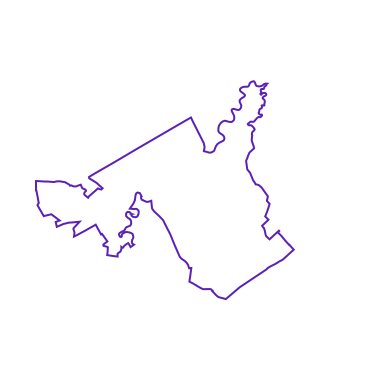 outline of Chichis, Covasna, Romania, rotated 139°
{"feature_id": "2599482B66417374459727", "entity_name": "Chichis", "entity_type": "district", "adm_level": 2, "iso_a3": "ROU", "parent_name": "Romania", "parent_adm1": "Covasna", "projection": "orthographic", "projection_center": [25.8, 45.769], "detail": "fine", "context": "isolated", "style": "outline", "palette": "violet", "viewbox_px": 384, "rotation_deg": 139, "n_neighbors": 0, "source": "geoboundaries", "source_scale": "gbopen_adm2", "svg_char_len": 5994}
<svg xmlns="http://www.w3.org/2000/svg" viewBox="0 0 384 384"><g transform="rotate(139 192 192)"><path d="M317.3,283.4L319.7,271.1L312.8,267.5L310.6,257.3L314.5,258.8L316.9,254.4L310.3,252.3L309.0,251.7L307.0,250.6L305.4,249.9L301.7,247.1L296.3,243.3L304.2,242.5L305.3,242.3L305.8,241.8L306.8,239.5L307.2,238.7L308.0,237.8L310.3,235.8L307.3,235.0L298.4,233.0L286.1,230.5L288.5,219.6L287.4,219.4L288.3,210.2L293.4,210.5L294.1,209.4L291.8,206.0L291.7,205.6L294.8,202.4L297.4,200.0L292.7,194.5L290.5,192.1L288.7,194.2L287.7,194.3L285.6,194.0L284.1,194.4L282.8,195.2L281.4,196.8L281.3,195.7L280.8,195.3L278.2,195.8L275.3,195.6L273.7,195.3L273.7,194.4L274.5,190.7L270.3,190.3L270.7,191.4L270.9,192.3L270.6,193.0L270.2,193.7L268.6,195.1L267.1,195.6L266.2,196.2L265.4,197.0L264.6,198.9L264.4,199.5L264.9,200.9L265.8,202.6L267.1,204.2L268.4,205.3L270.3,205.8L271.6,206.0L272.6,205.9L273.6,205.3L274.2,204.5L274.8,204.5L275.5,205.0L275.7,205.7L275.5,206.6L275.2,207.4L274.8,208.0L274.2,208.4L273.5,208.5L272.1,208.3L268.7,207.5L267.8,207.5L266.8,207.8L265.5,208.4L264.8,208.5L264.0,208.3L261.1,207.2L260.1,207.3L259.1,207.7L258.3,208.4L257.3,209.8L257.0,210.3L256.8,211.0L256.7,212.4L257.4,214.6L257.5,216.7L257.4,217.2L255.8,219.0L255.1,219.2L253.8,219.3L252.4,217.9L252.2,217.1L252.2,216.1L252.6,215.9L251.9,214.8L252.3,215.0L252.5,214.9L253.1,213.8L253.1,213.5L252.9,212.2L251.9,210.8L251.0,209.9L250.0,209.5L248.7,209.6L246.9,210.4L245.2,212.0L244.5,213.3L244.7,214.9L245.2,215.9L247.4,217.6L247.9,218.2L249.8,220.2L243.5,221.8L240.5,223.3L236.7,226.6L235.2,227.5L234.0,227.5L233.4,227.3L232.1,225.4L232.9,221.7L233.7,221.7L234.7,220.3L234.9,219.4L234.8,218.5L234.4,218.1L233.8,216.5L232.8,214.5L231.4,213.3L229.8,212.6L228.5,212.1L232.4,206.6L232.9,205.8L233.1,205.0L233.3,202.4L232.6,195.7L232.3,190.3L232.3,189.7L232.5,188.7L233.0,187.1L236.2,174.2L239.7,164.0L243.7,151.3L243.8,148.8L242.6,144.4L242.5,141.8L242.9,139.3L244.2,136.3L242.4,135.1L248.6,129.6L249.2,129.1L250.0,128.5L252.8,126.0L251.5,123.0L249.0,115.3L247.7,112.0L247.5,111.6L246.6,110.7L242.1,107.0L241.4,105.9L241.3,103.9L241.7,103.9L241.5,98.7L241.2,96.2L240.8,95.1L236.7,89.0L218.4,88.8L186.3,84.7L185.5,84.9L183.9,84.8L181.2,84.3L176.6,83.1L174.1,82.6L172.6,82.5L167.9,81.4L166.3,81.4L159.8,81.6L153.1,81.7L153.1,88.3L153.4,88.3L153.5,94.3L153.4,99.0L153.3,99.8L153.7,105.2L151.8,105.3L151.8,105.8L164.5,105.4L165.0,110.0L164.6,111.2L162.7,114.6L161.4,117.3L161.5,119.4L161.2,120.5L152.5,120.9L152.8,125.5L147.8,128.1L141.2,132.1L141.3,136.2L137.6,138.9L136.5,149.9L137.1,153.4L138.4,155.5L138.9,155.9L138.9,156.2L138.9,156.7L138.6,157.2L138.1,161.0L135.5,168.6L135.6,170.2L135.4,171.1L135.6,172.3L135.2,173.2L131.0,179.6L130.5,180.2L128.0,181.3L126.2,182.4L123.1,183.9L122.0,184.1L116.6,184.2L116.3,184.4L114.9,187.4L113.8,190.3L113.0,191.9L110.1,194.7L109.8,195.0L109.6,195.0L109.2,195.8L108.7,196.6L107.6,197.4L107.1,197.6L104.3,197.8L104.0,197.9L103.6,198.2L103.5,198.4L103.5,199.4L103.3,199.6L103.2,200.5L103.3,201.9L103.4,202.8L103.4,203.0L103.6,203.6L104.6,204.3L105.2,205.0L105.5,206.1L105.3,206.7L104.9,206.8L104.0,206.7L102.5,206.8L101.6,206.6L100.9,206.0L99.9,204.8L99.1,204.5L97.9,204.6L94.9,205.1L93.4,205.1L92.4,204.8L92.0,204.2L91.5,203.8L90.4,203.5L89.1,203.8L88.9,203.9L88.6,204.3L88.6,204.6L88.9,205.0L89.8,205.6L90.0,206.1L90.1,207.1L90.0,207.8L89.5,208.2L89.1,208.3L88.3,208.8L87.2,209.8L86.6,210.0L86.0,210.0L84.8,209.6L84.4,209.6L83.8,209.9L83.3,210.3L82.9,211.2L82.7,211.5L82.1,211.4L81.9,211.2L81.0,210.0L80.7,209.9L80.4,210.0L79.5,211.1L78.3,211.9L77.2,213.2L77.0,214.2L77.2,216.2L77.0,216.6L76.7,216.8L76.1,217.0L75.4,217.1L74.0,216.6L72.7,216.5L72.2,216.7L71.8,217.1L71.7,217.4L71.7,218.0L71.9,218.8L72.5,219.4L74.1,220.4L75.6,220.0L75.9,220.0L76.2,220.4L76.1,220.8L76.0,221.1L74.4,221.8L73.9,222.3L73.6,223.5L73.3,223.8L72.8,224.2L72.4,224.2L71.8,224.0L71.3,223.5L70.3,222.8L69.6,223.0L68.9,223.4L68.6,223.8L67.5,223.9L66.6,223.7L65.8,223.9L65.5,224.1L65.4,224.3L65.0,224.5L64.3,224.5L65.0,225.2L65.5,225.6L66.6,226.1L69.5,226.3L70.8,226.8L72.0,227.6L73.2,228.9L73.7,229.8L73.7,230.5L73.6,231.0L72.8,233.0L72.6,233.9L72.6,234.7L72.7,235.0L73.0,235.3L74.6,236.0L75.8,236.3L76.5,236.2L77.4,236.1L78.0,235.6L79.3,234.9L80.0,234.8L80.4,234.8L81.4,235.3L82.9,236.6L84.2,237.6L86.2,238.3L87.5,238.3L88.3,238.1L88.7,237.7L89.0,237.2L89.3,236.2L89.2,235.3L88.6,232.9L88.5,232.1L88.4,231.0L88.4,230.6L88.5,230.3L89.4,229.8L90.2,229.7L91.1,229.8L92.9,230.2L94.3,230.2L95.8,229.9L96.2,229.6L96.9,228.7L97.8,225.4L98.2,224.9L99.1,223.9L99.8,223.5L101.6,223.0L102.2,223.1L103.0,223.3L104.2,224.6L105.7,227.0L106.4,227.7L107.1,228.0L107.8,228.1L108.3,227.8L108.9,227.0L110.0,222.7L110.4,221.8L111.0,220.8L111.7,219.9L113.0,219.0L113.6,218.7L114.9,218.7L115.9,218.8L117.0,219.5L118.7,221.6L119.6,223.2L120.4,224.1L120.9,224.5L123.0,225.2L123.4,225.1L124.9,225.2L127.4,224.6L128.6,224.1L129.5,223.4L131.7,221.3L132.1,220.7L132.4,219.5L132.4,218.8L132.3,218.0L131.6,215.6L131.4,214.7L131.4,213.6L131.5,212.9L131.8,212.1L132.3,211.3L133.0,210.7L133.6,210.4L134.2,210.2L135.3,210.3L139.0,211.3L141.4,211.5L143.8,210.9L145.5,210.1L147.6,208.9L148.6,208.6L149.8,208.7L152.0,209.4L153.0,210.3L154.0,211.6L154.7,212.9L155.5,213.9L156.2,215.1L153.4,217.3L152.9,217.8L152.0,219.4L151.0,221.3L145.1,244.7L143.9,248.9L158.8,251.8L203.7,260.4L229.3,265.1L254.5,270.0L259.8,270.9L260.6,269.7L258.4,262.9L257.9,260.7L257.6,257.3L257.1,254.3L257.0,253.5L258.9,253.4L260.0,255.0L260.6,256.4L272.7,256.3L274.2,255.8L274.9,259.9L274.9,260.6L274.6,261.3L273.9,261.9L273.2,262.2L271.3,262.4L271.0,263.0L270.9,263.6L271.1,264.3L272.1,266.3L272.3,267.0L271.2,270.5L273.6,271.5L275.7,272.2L277.4,273.6L277.9,274.3L278.2,274.9L278.6,276.0L279.9,276.8L279.7,277.6L279.9,278.4L281.4,282.7L281.8,283.3L283.2,284.8L284.4,286.5L286.9,288.6L289.8,290.2L293.9,294.4L297.1,297.3L301.5,301.7L302.6,302.6L308.6,295.6L308.4,295.4L311.7,289.6L314.4,285.1L314.8,284.2L316.0,284.0L317.3,283.4Z" fill="none" stroke="#5b21b6" stroke-width="2"/></g></svg>